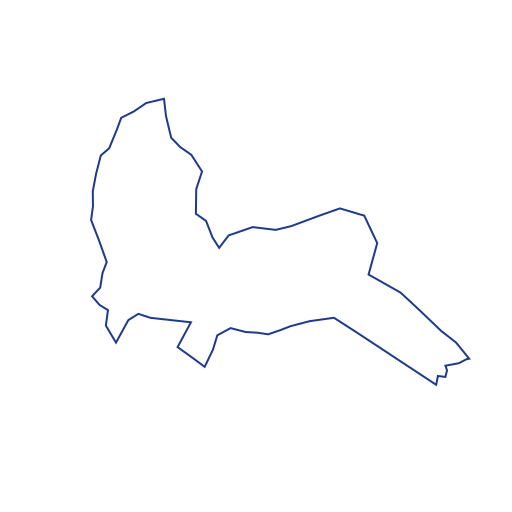 Agios Isidoros, Paphos, Cyprus (Mercator projection), rotated 71°
{"feature_id": "46923920B47952504764037", "entity_name": "Agios Isidoros", "entity_type": "district", "adm_level": 2, "iso_a3": "CYP", "parent_name": "Cyprus", "parent_adm1": "Paphos", "projection": "mercator", "projection_center": [32.473, 35.009], "detail": "fine", "context": "isolated", "style": "outline", "palette": "blue", "viewbox_px": 512, "rotation_deg": 71, "n_neighbors": 0, "source": "geoboundaries", "source_scale": "gbopen_adm2", "svg_char_len": 1018}
<svg xmlns="http://www.w3.org/2000/svg" viewBox="0 0 512 512"><g transform="rotate(71 256 256)"><path d="M422.5,87.9L403.0,95.0L387.3,105.2L360.9,118.8L337.7,131.2L310.2,155.6L283.3,137.2L253.1,140.5L238.3,161.2L238.5,183.9L239.2,213.3L237.7,228.9L227.6,249.7L227.6,275.1L236.3,288.2L224.3,291.1L206.6,291.8L196.5,299.1L173.3,290.7L158.5,279.5L139.3,284.2L128.4,292.2L116.5,297.7L94.1,295.5L77.4,291.8L75.6,310.0L79.6,324.6L81.4,338.4L91.2,346.4L106.4,359.8L110.4,370.0L126.3,380.5L141.8,389.3L156.0,394.0L168.3,400.2L189.2,399.4L213.1,399.1L222.2,406.7L235.2,413.6L240.7,424.1L251.3,419.9L259.0,413.6L272.9,420.6L292.3,416.6L275.0,397.5L272.4,386.1L280.1,375.9L297.5,339.1L316.6,359.8L334.0,347.5L344.1,340.6L330.4,327.1L318.4,318.4L315.9,303.5L324.6,290.4L328.9,279.8L334.0,270.0L334.0,256.9L333.6,246.0L335.1,226.4L339.8,202.4L360.1,186.4L436.4,127.6L436.0,127.3L428.7,123.1L430.3,119.7L432.0,116.3L426.3,112.6L421.4,112.6L423.4,99.1L422.1,90.4L422.5,87.9Z" fill="none" stroke="#1e3a8a" stroke-width="2"/></g></svg>